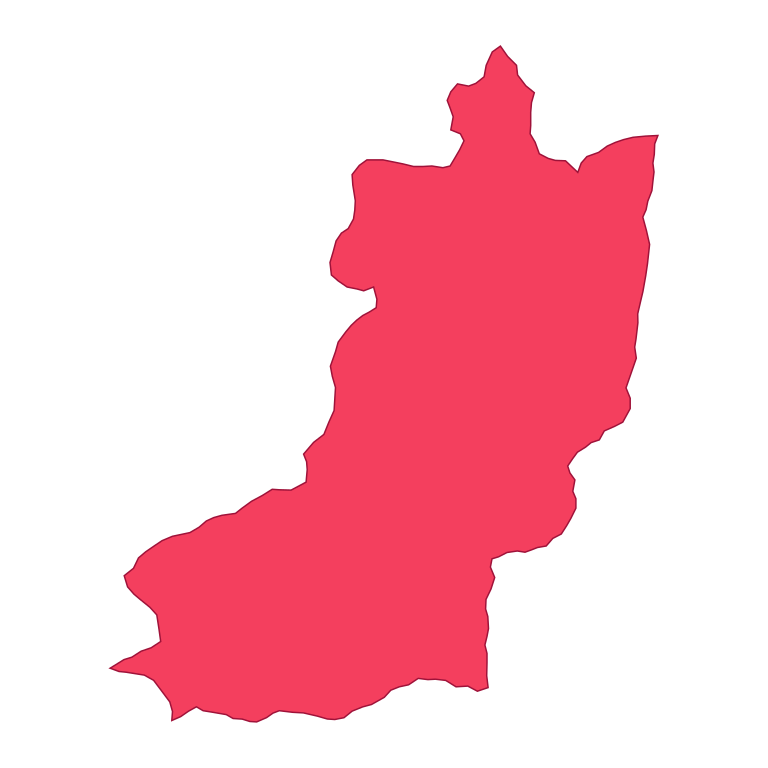 Herculândia, São Paulo, Brazil (Albers equal-area conic projection)
{"feature_id": "56859067B3625092045364", "entity_name": "Herculândia", "entity_type": "district", "adm_level": 2, "iso_a3": "BRA", "parent_name": "Brazil", "parent_adm1": "São Paulo", "projection": "albers", "projection_center": [-50.378, -21.944], "detail": "fine", "context": "isolated", "style": "filled", "palette": "rose", "viewbox_px": 768, "rotation_deg": 0, "n_neighbors": 0, "source": "geoboundaries", "source_scale": "gbopen_adm2", "svg_char_len": 2783}
<svg xmlns="http://www.w3.org/2000/svg" viewBox="0 0 768 768"><path d="M447.2,100.4L450.1,108.0L453.2,116.8L450.8,129.9L460.4,133.8L464.0,140.8L459.7,149.7L455.1,157.6L450.1,166.0L442.9,167.7L431.9,166.0L422.8,166.5L413.6,166.5L402.9,163.9L395.1,162.3L383.1,159.9L366.9,159.9L359.3,165.4L352.1,174.6L352.8,184.9L355.3,200.7L354.8,210.0L353.5,219.0L348.2,228.6L341.4,233.1L336.1,240.9L333.2,251.7L330.0,262.5L331.4,275.0L338.2,280.9L347.1,287.0L357.1,289.0L363.7,290.8L373.6,287.0L376.9,299.3L376.2,307.7L369.2,312.1L362.8,315.5L356.9,320.0L351.2,325.4L345.7,332.0L338.2,342.1L335.5,351.7L330.4,366.2L332.3,376.3L335.5,387.5L334.1,410.5L328.9,422.1L323.9,434.4L313.6,442.4L303.6,454.1L306.6,461.7L307.2,469.7L306.1,482.1L291.1,490.1L279.7,489.8L272.2,489.3L262.3,495.5L251.5,501.3L241.9,508.3L235.5,513.4L221.9,515.3L213.7,517.6L206.3,521.0L199.1,527.2L189.9,532.6L172.4,536.3L162.0,540.7L155.3,545.2L145.7,551.8L138.5,557.9L133.5,568.3L124.2,575.7L127.6,586.9L134.0,594.2L140.4,599.6L149.9,607.3L156.8,614.9L159.0,629.2L160.7,641.5L151.1,647.8L141.1,651.2L131.8,657.2L124.0,659.6L110.1,668.2L119.0,671.5L126.1,672.2L133.6,673.4L144.3,675.1L153.6,680.3L160.4,689.3L169.8,701.9L172.5,711.5L171.8,720.5L180.7,716.6L188.5,711.2L196.4,706.8L203.1,710.7L212.4,712.2L226.3,714.6L233.1,718.5L242.2,719.1L249.9,721.5L256.7,721.9L266.6,717.6L273.0,713.1L279.3,710.7L292.7,712.3L303.4,712.9L317.3,716.1L327.3,719.0L334.8,719.5L344.0,717.7L352.2,711.1L362.6,706.9L371.5,704.5L384.3,697.3L390.8,690.2L399.3,686.8L408.6,684.8L418.2,678.4L427.9,679.6L435.4,679.2L445.7,680.4L456.0,686.8L467.8,686.1L477.4,691.2L488.1,687.6L486.7,675.7L487.0,662.7L487.0,653.4L484.9,645.0L487.0,636.4L488.5,628.6L487.8,616.5L485.6,609.0L486.0,599.4L491.0,589.0L494.7,577.5L490.4,567.1L492.0,558.8L498.6,556.8L507.0,552.5L517.3,551.0L525.0,552.2L531.4,549.9L537.5,547.5L546.2,546.0L552.8,538.4L561.3,534.0L566.7,525.6L570.9,518.3L575.9,508.2L575.9,498.7L572.8,491.3L574.9,479.9L569.9,472.9L567.7,466.0L572.7,458.6L577.4,452.2L585.6,447.1L591.1,442.6L599.3,439.9L604.3,430.9L614.9,426.2L622.8,422.1L630.2,408.6L630.2,398.2L626.0,387.9L636.3,358.2L634.7,347.1L636.0,339.0L637.9,322.8L637.7,313.9L640.7,300.9L642.9,291.6L645.7,275.9L647.5,263.6L649.6,244.4L646.4,230.4L642.8,217.1L646.1,209.7L647.8,201.2L651.9,190.6L653.0,180.4L654.0,172.0L652.9,163.1L654.3,154.3L654.7,143.9L657.9,135.5L645.8,136.1L633.0,137.3L623.6,139.6L615.4,142.4L607.2,146.1L598.6,152.4L586.9,156.6L581.2,163.1L577.8,172.4L565.5,160.8L555.3,160.4L548.2,158.4L539.3,153.8L535.1,142.2L530.1,133.8L530.7,125.7L530.7,112.4L531.5,102.6L534.3,92.7L525.8,85.8L517.6,75.0L516.5,65.3L507.6,56.4L500.4,46.1L492.3,51.9L486.2,65.3L484.1,76.8L475.8,83.4L468.6,86.1L457.5,83.9L450.8,91.8L447.2,100.4Z" fill="#f43f5e" stroke="#9f1239" stroke-width="1.5"/></svg>